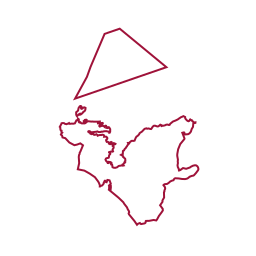 Yunguyo, Puno, Peru (Robinson projection), rotated 251°
{"feature_id": "86281439B12853794750589", "entity_name": "Yunguyo", "entity_type": "district", "adm_level": 2, "iso_a3": "PER", "parent_name": "Peru", "parent_adm1": "Puno", "projection": "robinson", "projection_center": [-69.037, -16.305], "detail": "fine", "context": "isolated", "style": "outline", "palette": "rose", "viewbox_px": 256, "rotation_deg": 251, "n_neighbors": 0, "source": "geoboundaries", "source_scale": "gbopen_adm2", "svg_char_len": 5832}
<svg xmlns="http://www.w3.org/2000/svg" viewBox="0 0 256 256"><g transform="rotate(251 128 128)"><path d="M111.4,193.6L111.5,192.9L112.3,191.7L113.0,191.6L113.8,190.9L114.6,190.9L115.1,190.1L115.9,189.6L115.8,189.3L114.8,188.4L114.7,187.4L115.3,186.7L116.0,186.2L117.9,185.4L118.8,185.3L119.8,185.6L121.2,184.2L121.0,182.9L121.0,181.8L120.4,179.5L119.8,177.5L119.8,176.5L119.6,175.7L119.5,172.7L118.3,169.4L117.4,168.3L117.6,167.5L118.3,166.7L118.7,165.2L118.5,163.9L118.6,162.5L118.9,161.3L118.9,160.3L119.2,160.2L119.7,160.6L120.6,159.6L119.8,157.7L119.7,156.8L120.0,156.1L121.4,154.3L121.7,153.1L121.2,151.8L119.6,149.8L119.5,149.5L119.8,148.8L120.9,147.2L121.1,145.8L121.7,145.3L121.8,143.4L120.0,139.9L119.5,137.8L119.1,137.0L118.4,136.5L117.4,134.5L117.1,133.2L116.0,131.9L113.9,130.1L114.1,128.6L114.5,127.9L114.7,127.0L114.3,126.1L114.1,125.3L113.3,124.4L113.8,123.5L113.9,123.1L113.7,123.1L112.8,123.6L111.8,121.8L111.0,121.0L110.5,120.1L109.9,119.5L109.2,118.0L108.1,116.9L108.1,116.1L107.9,115.7L105.0,114.6L104.8,114.1L105.0,112.9L104.9,112.6L103.2,114.1L102.5,114.2L102.1,114.0L101.5,114.5L100.8,114.7L100.0,115.3L99.6,115.3L97.7,114.8L97.5,114.1L96.9,113.7L96.3,113.9L96.0,112.6L95.4,112.0L95.3,111.3L94.0,111.7L94.1,110.8L94.7,109.7L94.8,108.7L95.1,107.3L95.1,106.7L94.4,104.9L94.5,102.9L95.2,101.4L96.0,100.6L98.6,101.1L98.9,100.9L99.1,100.2L100.0,100.2L100.4,100.9L101.0,100.5L101.4,100.5L102.4,98.5L102.2,98.3L101.5,98.8L101.2,98.1L101.5,97.4L102.9,97.2L103.9,96.6L105.4,96.4L106.3,97.2L106.4,98.4L106.2,99.4L106.3,100.2L108.4,101.3L109.0,102.5L109.4,102.9L110.0,102.9L111.0,102.1L111.3,102.2L111.3,104.0L110.6,105.8L110.8,106.3L111.9,106.2L112.8,106.5L113.8,107.8L114.5,108.2L115.1,108.3L115.9,107.6L116.3,107.7L116.5,108.1L116.8,109.3L116.9,110.8L117.1,111.0L118.0,110.1L118.5,109.2L118.5,108.5L118.1,107.6L118.5,107.4L118.5,106.8L119.5,107.0L120.1,107.7L120.3,107.5L120.2,106.8L119.8,105.8L119.0,105.3L119.5,104.8L120.8,105.0L121.7,104.2L121.8,103.4L123.2,103.2L124.0,103.6L124.3,104.5L124.7,105.0L125.7,105.2L126.5,104.8L127.0,104.4L127.5,102.6L127.8,102.8L128.8,102.9L129.3,102.7L130.1,101.4L130.0,100.5L130.4,99.5L130.7,98.3L130.6,96.8L131.5,96.7L132.4,96.1L132.3,94.4L132.7,93.6L133.6,93.5L133.9,92.8L133.9,91.8L134.8,90.6L136.1,90.3L136.4,89.8L137.4,89.2L137.8,89.6L137.7,90.2L137.4,90.8L136.3,91.5L135.8,92.1L135.0,95.9L134.7,96.8L134.8,97.8L133.8,98.9L133.2,100.3L133.1,101.0L133.3,101.5L132.8,102.7L132.7,104.3L132.1,106.4L131.3,107.7L130.4,109.5L130.2,109.5L129.6,108.9L129.5,109.1L130.2,109.9L132.7,110.8L134.7,110.4L135.2,109.7L135.3,109.2L135.2,108.8L134.8,109.3L134.5,108.9L135.0,108.0L135.3,108.5L135.7,108.0L137.2,108.0L137.5,107.6L137.5,107.3L136.9,106.8L136.6,106.2L137.7,105.7L138.3,104.7L138.6,103.8L138.5,101.8L139.1,101.5L139.4,101.6L140.0,104.8L140.2,105.4L140.6,105.7L141.0,105.7L141.2,105.4L141.5,103.4L141.4,102.3L141.9,102.0L142.2,101.1L142.5,101.2L143.0,103.4L143.3,103.5L143.6,102.2L145.0,98.0L145.7,96.5L146.0,95.4L147.7,91.8L147.3,91.6L147.1,90.6L146.5,89.4L146.5,89.1L147.3,88.8L148.2,89.3L148.8,89.9L149.1,91.2L149.3,91.4L149.5,91.2L149.7,89.8L149.3,89.3L149.0,88.4L148.4,88.4L147.8,88.0L146.7,87.8L147.4,85.8L147.9,85.2L149.0,84.9L149.2,84.5L148.9,84.1L149.0,83.8L149.6,83.5L150.4,83.5L151.6,84.2L152.5,84.2L153.1,83.8L152.0,82.7L152.0,81.7L149.7,79.3L149.9,77.5L150.4,76.5L150.9,74.3L151.9,73.9L151.5,72.7L151.8,72.1L151.6,71.2L152.4,69.8L153.4,69.1L154.0,67.7L154.1,66.7L153.3,66.1L151.3,63.9L150.8,64.2L149.0,63.7L148.0,63.6L147.5,63.7L147.1,64.3L145.9,63.8L145.0,64.3L144.6,63.4L143.6,62.4L142.3,63.2L140.4,63.0L138.8,65.4L133.4,67.8L129.2,71.7L128.9,74.5L129.0,77.9L126.3,79.8L121.1,75.2L120.4,74.3L119.2,73.8L118.4,72.9L116.6,72.0L110.7,70.4L105.3,67.1L101.9,72.9L97.4,76.9L92.3,80.7L87.0,82.4L85.1,82.7L82.8,82.7L81.9,82.3L81.8,82.6L82.2,83.4L82.0,84.5L82.3,85.3L83.4,87.0L84.3,87.3L84.7,87.9L85.7,88.8L85.6,89.2L84.7,89.6L84.0,89.6L83.7,90.1L85.6,91.6L85.5,91.9L84.5,93.5L81.0,93.6L80.7,93.3L80.2,92.1L79.7,92.2L79.5,92.9L79.2,93.0L77.5,92.5L74.8,91.2L74.7,91.1L74.9,91.0L75.9,91.2L76.6,91.0L77.9,91.4L79.7,91.5L79.6,91.2L78.9,91.2L76.6,90.3L75.9,89.8L65.3,96.3L59.3,99.4L57.7,99.7L53.3,101.2L51.3,101.3L49.1,101.8L48.0,101.7L47.1,100.8L46.1,100.8L38.0,103.8L33.6,105.0L34.2,106.2L34.3,108.3L33.5,108.6L32.9,109.1L32.4,112.6L32.6,113.5L33.0,113.9L34.1,114.4L34.3,114.7L33.3,117.9L32.7,122.3L31.4,124.6L32.1,125.7L34.7,128.5L37.6,132.7L38.7,134.1L40.2,134.5L44.5,133.2L47.0,136.6L48.3,137.0L50.5,139.5L55.6,141.1L56.0,141.7L57.1,142.1L58.4,143.3L59.2,143.6L60.4,143.6L62.4,142.9L62.7,143.2L62.9,144.5L62.4,146.7L62.8,148.4L63.7,150.6L63.9,152.5L63.8,154.0L64.6,154.8L65.0,155.5L65.1,156.3L63.8,159.5L62.2,162.5L61.4,164.6L61.1,165.4L60.9,167.2L61.1,168.5L61.9,170.5L61.8,171.3L62.0,172.2L61.7,174.4L61.9,175.1L63.3,177.6L65.2,180.4L66.0,181.1L66.7,181.3L67.8,181.4L69.0,181.2L69.9,180.7L70.6,180.1L71.0,179.0L71.2,177.2L70.9,174.9L70.5,173.7L70.5,169.7L72.2,167.0L71.2,163.7L71.2,162.4L71.6,162.4L72.6,162.7L74.9,162.4L76.7,162.7L78.6,163.8L80.1,164.1L81.8,164.9L85.7,165.5L87.3,166.1L91.6,168.5L95.8,172.2L99.2,177.7L99.7,178.0L105.8,177.8L105.7,179.2L105.4,179.7L103.4,179.7L103.3,179.9L102.6,182.8L102.9,184.4L104.1,186.3L106.2,187.8L107.9,189.8L111.2,191.3L111.2,192.2L110.9,193.1L110.9,193.4L111.4,193.6ZM224.6,152.5L224.6,136.5L198.0,112.5L189.7,105.8L173.0,87.5L173.0,184.1L224.6,152.5ZM163.0,87.8L160.8,86.5L160.2,85.4L160.0,84.5L159.7,84.1L157.6,83.4L156.4,83.4L155.8,83.6L156.1,83.8L156.1,84.4L156.7,85.4L157.2,86.8L157.1,87.7L156.9,87.9L156.3,86.5L156.2,86.8L156.2,87.8L156.8,89.6L157.2,90.0L157.4,90.7L157.9,91.1L158.0,92.3L159.0,93.5L159.9,94.0L160.8,94.4L161.6,93.7L161.8,93.1L161.7,92.4L161.9,92.1L161.7,91.7L161.2,91.2L161.3,90.2L162.1,90.0L163.6,90.9L164.1,90.6L164.3,90.1L164.2,89.4L163.0,87.8Z" fill="none" stroke="#9f1239" stroke-width="2"/></g></svg>